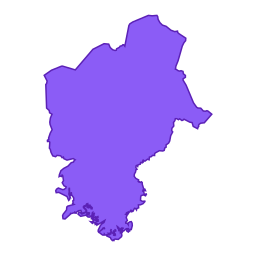 the district of Nacaome, Valle, Honduras
{"feature_id": "27666195B51489907150139", "entity_name": "Nacaome", "entity_type": "district", "adm_level": 2, "iso_a3": "HND", "parent_name": "Honduras", "parent_adm1": "Valle", "projection": "natural_earth1", "projection_center": [-87.534, 13.506], "detail": "fine", "context": "isolated", "style": "filled", "palette": "violet", "viewbox_px": 256, "rotation_deg": 0, "n_neighbors": 0, "source": "geoboundaries", "source_scale": "gbopen_adm2", "svg_char_len": 5856}
<svg xmlns="http://www.w3.org/2000/svg" viewBox="0 0 256 256"><path d="M156.9,15.4L152.2,15.8L148.4,15.4L132.9,21.9L129.9,23.8L128.9,25.5L124.8,46.2L123.7,44.8L122.9,44.7L121.8,45.8L120.2,46.1L119.3,47.4L116.6,48.8L116.3,50.2L115.1,50.5L112.8,49.8L111.1,48.4L110.1,47.3L108.7,44.1L104.0,43.7L92.9,49.3L75.3,69.9L62.5,66.1L61.4,66.2L51.5,70.2L44.2,75.3L47.1,81.0L46.6,83.6L45.8,84.4L46.6,108.1L49.2,110.5L49.6,112.8L52.0,114.2L50.4,118.0L49.8,122.1L50.1,124.5L52.1,129.7L50.2,133.2L48.6,138.0L48.8,139.2L47.4,140.3L47.5,141.5L49.1,141.4L49.8,142.2L49.4,148.2L50.3,149.4L51.0,152.3L52.8,155.9L55.6,156.7L57.0,155.4L60.7,155.8L62.1,157.7L63.4,157.1L63.9,158.7L67.0,160.1L73.2,158.6L75.1,159.8L74.3,160.3L73.5,162.0L71.2,162.7L68.0,166.1L63.7,168.4L60.9,170.7L59.4,174.6L59.1,176.6L60.3,176.0L61.4,176.5L62.1,175.1L62.7,175.7L63.5,180.6L62.2,182.7L64.0,185.8L66.1,186.8L65.9,188.0L64.1,189.4L62.5,189.6L58.3,188.0L56.5,189.2L55.7,190.8L56.2,192.7L58.8,192.4L67.0,196.5L68.7,200.4L69.6,199.4L69.9,197.6L70.3,197.7L68.8,194.0L69.2,192.1L69.0,188.9L69.4,187.7L69.6,194.0L71.1,196.0L70.7,194.2L71.1,194.0L71.3,192.1L71.5,194.6L73.7,197.9L73.7,200.2L72.8,200.9L73.1,202.6L72.6,203.5L74.0,204.4L67.8,206.1L66.8,207.0L66.5,210.0L63.2,214.2L62.6,215.7L63.0,218.7L65.0,219.0L70.4,214.2L70.6,213.7L70.1,213.1L71.2,213.6L73.6,212.9L75.6,213.1L74.2,211.7L75.8,212.7L78.5,210.7L80.9,210.4L81.9,213.3L85.1,212.3L86.1,211.5L85.9,210.1L83.5,207.6L83.4,206.8L84.1,205.9L85.9,205.4L86.6,203.9L87.2,203.6L88.3,205.0L87.5,207.1L88.7,205.6L89.9,205.1L90.4,206.0L89.6,207.1L90.6,206.9L91.3,208.8L91.8,208.7L91.9,207.6L90.7,206.7L90.7,206.2L92.2,207.7L92.1,208.8L91.1,208.8L90.5,207.0L89.1,207.7L89.1,207.0L90.0,206.2L89.8,205.6L89.0,205.9L88.2,207.5L87.2,207.5L87.6,204.6L86.4,205.9L83.7,206.9L86.5,210.2L86.7,211.3L86.3,212.2L82.1,214.0L81.5,213.9L80.4,212.5L78.9,212.3L78.1,214.2L80.7,216.3L85.5,215.3L86.9,214.5L86.8,212.9L89.1,212.6L89.4,212.8L89.4,213.5L88.4,214.2L89.0,214.9L88.2,214.8L88.1,213.6L89.3,213.1L87.1,213.0L87.2,214.5L86.3,215.5L88.0,217.0L90.0,217.1L91.9,215.4L92.4,212.6L92.7,212.4L92.3,215.4L92.9,214.5L93.1,215.2L93.6,215.0L93.9,213.9L94.6,212.7L94.0,214.1L94.1,215.1L93.7,215.9L93.2,216.0L93.2,218.3L93.8,218.7L94.2,217.4L95.2,217.5L95.6,216.2L95.7,217.1L95.2,217.9L96.1,219.0L95.5,219.9L97.0,220.9L97.9,219.7L96.3,218.8L96.3,218.0L96.6,217.3L97.9,216.5L98.1,217.1L97.1,217.3L96.5,218.4L98.1,219.4L98.2,221.2L97.3,221.6L92.8,218.4L92.5,215.8L91.4,218.7L92.3,218.9L93.9,221.4L93.3,221.0L91.9,221.9L90.6,221.7L92.4,223.4L93.5,222.4L94.5,222.9L96.5,222.3L95.0,223.3L95.2,224.3L95.7,223.9L96.6,224.9L97.0,223.7L97.4,223.8L97.3,224.9L104.8,220.4L104.0,222.5L101.8,223.9L100.5,225.4L98.2,230.1L98.2,231.5L98.7,232.2L102.3,229.2L102.7,228.3L104.1,227.7L104.5,228.3L104.6,229.3L104.2,228.0L103.4,228.0L102.5,229.3L99.4,231.6L99.1,232.4L102.5,235.0L104.1,235.1L104.3,234.1L104.8,234.9L106.0,235.1L107.3,234.4L109.9,234.1L109.0,233.4L110.1,233.5L110.5,232.5L111.5,232.1L110.6,230.7L111.2,229.0L111.0,231.2L112.3,232.8L113.7,233.2L113.8,231.3L112.9,230.7L114.2,231.3L115.4,231.0L115.4,230.2L114.5,229.4L115.5,229.9L115.8,230.9L114.4,231.5L114.0,233.7L115.5,233.4L114.4,234.2L115.3,234.3L115.5,235.7L115.1,234.4L114.6,234.4L114.7,235.4L114.0,235.3L114.4,234.8L113.9,233.7L111.2,232.7L109.6,234.8L107.6,234.7L106.7,235.6L106.8,236.0L110.4,237.6L110.9,238.9L112.4,240.6L113.9,240.5L113.6,239.8L115.1,239.1L118.3,239.4L121.5,236.7L121.9,235.3L121.5,233.3L122.8,231.5L121.1,232.8L120.4,232.6L120.2,230.5L118.8,230.6L118.7,229.0L117.9,228.5L117.3,226.5L117.9,226.9L118.6,228.8L118.5,227.2L119.2,228.9L119.1,230.4L120.5,230.3L120.5,228.2L120.7,228.7L121.3,228.3L120.7,232.5L122.6,231.0L122.0,230.3L121.6,229.6L122.6,228.2L123.6,227.9L122.2,229.1L121.9,230.0L123.7,231.0L126.3,228.7L129.0,228.5L127.5,229.2L126.7,230.5L127.0,231.3L128.3,232.0L129.0,230.1L129.7,230.9L130.3,229.4L131.3,229.5L132.3,225.6L132.1,223.1L131.3,221.6L129.9,221.8L128.4,222.8L128.0,223.3L128.1,224.5L127.6,223.8L127.7,223.2L125.8,223.2L125.7,222.2L127.4,220.5L126.2,217.6L127.2,214.5L126.9,214.1L126.3,214.7L125.7,214.3L126.4,214.0L126.5,212.8L127.6,212.3L126.8,213.7L127.7,214.5L129.2,212.2L131.4,211.1L130.6,210.6L130.8,210.3L131.8,210.5L131.8,211.7L133.0,211.3L134.5,208.3L135.5,208.5L136.5,209.9L136.8,208.5L138.7,207.8L138.4,204.9L140.5,204.8L143.0,203.7L144.9,201.6L144.8,201.1L142.4,201.3L140.5,200.3L140.7,196.8L141.2,195.6L143.4,194.9L145.5,195.8L146.4,194.3L146.2,193.9L145.0,194.3L144.2,194.0L143.7,191.7L143.1,191.4L143.6,190.9L142.9,190.4L143.2,189.8L143.5,190.5L145.5,190.7L144.8,189.1L143.7,188.9L142.3,184.4L142.2,182.5L141.4,181.8L140.3,182.4L139.5,181.7L139.1,182.1L138.2,181.5L138.6,179.9L135.8,178.4L134.2,176.3L134.4,174.0L135.5,172.1L135.9,169.8L137.0,169.3L135.8,167.5L136.1,165.8L136.8,165.4L137.7,166.4L138.1,164.8L140.3,164.2L140.6,162.5L142.2,162.9L143.1,162.3L143.2,161.8L142.4,161.7L143.2,160.1L144.9,161.2L147.5,159.2L149.1,159.8L149.4,157.1L151.4,156.6L152.5,155.4L154.6,155.5L154.6,153.8L155.3,152.9L159.4,150.7L162.8,151.0L164.2,150.4L164.8,147.9L166.1,147.2L166.1,144.9L168.6,143.1L169.7,141.0L170.7,135.7L172.7,131.9L171.7,130.6L171.9,128.3L173.8,126.0L173.5,122.5L174.9,120.6L175.3,118.7L176.8,118.7L178.4,119.7L179.6,118.8L181.9,120.5L182.9,120.2L184.0,119.2L189.9,122.2L192.1,122.6L193.2,126.4L197.6,128.7L198.0,127.3L198.7,126.5L198.6,125.2L199.1,124.3L200.7,123.2L204.3,122.8L211.8,114.2L208.0,111.1L206.9,110.7L205.5,111.2L203.3,111.0L200.8,108.2L197.9,108.0L196.6,107.2L193.5,102.8L186.1,85.2L183.1,80.2L183.1,78.8L185.4,77.3L185.4,75.4L183.4,73.8L183.0,71.4L181.0,70.7L179.8,71.1L178.1,70.7L176.3,69.4L175.4,69.2L175.9,66.2L178.1,60.7L182.3,46.0L184.0,42.6L185.6,40.7L185.8,38.2L179.0,33.7L177.7,32.5L177.5,31.1L174.7,31.6L170.9,30.2L166.1,26.3L162.4,25.1L159.9,22.6L158.1,19.3L157.7,16.6L156.9,15.4Z" fill="#8b5cf6" stroke="#5b21b6" stroke-width="1.5"/></svg>